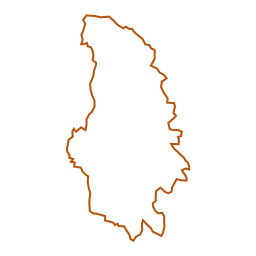 Giolou, Paphos, Cyprus (orthographic projection)
{"feature_id": "46923920B14878723805289", "entity_name": "Giolou", "entity_type": "district", "adm_level": 2, "iso_a3": "CYP", "parent_name": "Cyprus", "parent_adm1": "Paphos", "projection": "orthographic", "projection_center": [32.479, 34.929], "detail": "fine", "context": "isolated", "style": "outline", "palette": "amber", "viewbox_px": 256, "rotation_deg": 0, "n_neighbors": 0, "source": "geoboundaries", "source_scale": "gbopen_adm2", "svg_char_len": 1996}
<svg xmlns="http://www.w3.org/2000/svg" viewBox="0 0 256 256"><path d="M81.4,34.6L82.6,39.6L81.3,44.2L83.4,44.2L87.0,43.1L87.8,46.4L90.9,47.2L92.5,50.8L93.4,54.6L92.6,60.1L96.1,62.7L95.9,65.2L93.9,71.0L93.4,75.8L90.0,84.0L90.6,89.9L92.0,95.0L94.5,100.7L94.5,106.7L91.8,111.9L89.2,114.4L86.5,119.3L86.5,125.1L85.4,130.2L81.2,127.3L76.1,131.7L73.8,128.8L72.4,131.6L72.7,136.8L68.6,139.7L68.1,143.3L66.8,149.5L67.8,152.8L69.6,155.3L69.2,157.8L73.1,159.0L70.9,161.9L74.8,162.4L74.1,166.5L80.8,167.6L82.6,171.5L86.2,175.2L88.2,176.4L87.7,182.0L88.8,188.3L90.3,193.2L89.4,200.2L89.4,204.8L89.9,211.1L93.2,213.4L96.8,213.7L100.3,214.7L105.2,216.1L105.0,220.4L109.6,221.5L113.5,222.9L115.0,225.0L115.3,224.8L117.6,223.8L118.5,226.1L122.3,226.2L123.9,226.2L126.2,230.0L129.4,234.8L130.6,239.3L133.5,240.6L136.0,236.8L140.3,234.5L142.2,230.0L141.9,224.1L143.0,220.2L146.3,223.8L150.8,228.0L152.7,231.6L157.8,234.2L161.4,235.9L163.0,232.5L164.5,226.9L164.1,222.0L164.3,216.5L163.5,215.2L162.1,212.9L157.9,213.3L155.0,210.4L153.1,206.7L152.8,203.3L155.9,200.6L155.6,198.8L156.1,191.0L160.4,187.7L164.9,191.7L168.1,193.2L171.5,191.8L172.1,187.7L173.9,184.2L176.6,179.1L181.8,180.4L186.5,180.6L186.7,178.4L185.0,174.7L183.1,172.5L182.0,170.2L185.4,168.5L189.1,169.5L189.2,166.6L187.9,162.8L185.8,160.8L184.0,157.9L182.5,156.4L180.7,154.9L177.7,151.9L174.0,148.6L171.1,143.9L178.6,144.2L179.0,139.7L177.9,136.9L181.0,136.1L181.8,131.7L178.2,130.1L173.1,130.0L169.7,129.0L168.3,122.9L173.1,118.9L176.0,115.7L173.4,112.9L175.0,106.7L174.0,103.0L173.4,103.1L167.2,102.7L167.6,98.3L163.9,92.9L161.1,87.3L161.8,81.7L164.0,80.2L166.6,78.3L164.2,75.2L159.4,72.3L157.2,68.7L150.8,65.6L152.5,62.7L154.6,58.9L154.7,50.0L150.9,48.2L149.5,45.2L145.3,44.4L142.7,39.1L139.7,36.8L136.4,34.0L133.5,31.3L132.2,28.9L129.3,29.0L126.0,26.7L123.3,28.3L118.5,25.5L116.1,23.5L114.2,21.1L109.0,16.6L101.0,17.3L94.5,16.0L86.6,15.4L83.1,20.0L85.3,23.7L84.0,28.2L83.0,31.5L81.4,34.6Z" fill="none" stroke="#b45309" stroke-width="2"/></svg>